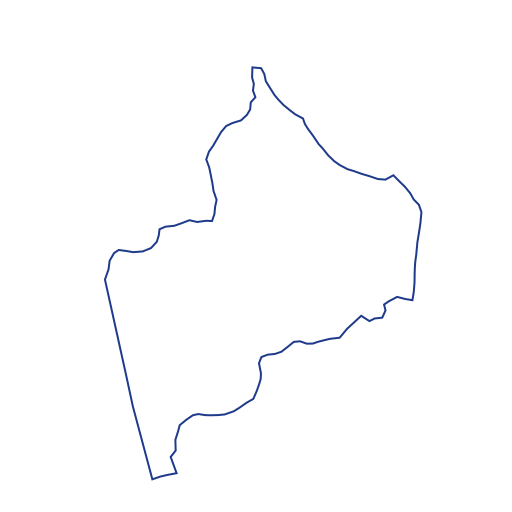 the district of Jijoca de Jericoacoara, Ceará, Brazil, rotated 71°
{"feature_id": "56859067B74295289149447", "entity_name": "Jijoca de Jericoacoara", "entity_type": "district", "adm_level": 2, "iso_a3": "BRA", "parent_name": "Brazil", "parent_adm1": "Ceará", "projection": "mercator", "projection_center": [-40.5, -2.875], "detail": "fine", "context": "isolated", "style": "outline", "palette": "blue", "viewbox_px": 512, "rotation_deg": 71, "n_neighbors": 0, "source": "geoboundaries", "source_scale": "gbopen_adm2", "svg_char_len": 1768}
<svg xmlns="http://www.w3.org/2000/svg" viewBox="0 0 512 512"><g transform="rotate(71 256 256)"><path d="M435.5,401.8L418.2,402.1L413.8,395.3L403.6,392.1L396.2,386.6L391.1,383.2L388.1,375.0L386.0,367.5L386.7,361.9L389.9,355.9L391.8,350.8L393.9,344.2L395.6,337.4L395.6,327.6L393.9,320.4L391.7,312.8L390.2,305.0L383.7,299.1L378.4,294.9L373.8,291.6L368.5,289.5L358.4,288.1L353.3,283.8L353.1,277.0L354.8,269.9L354.8,263.2L352.5,256.4L349.5,248.2L351.0,242.1L355.4,236.6L357.3,230.9L357.3,225.4L357.8,219.3L358.4,213.0L360.5,203.5L354.5,193.6L346.8,176.0L354.5,169.9L353.7,164.2L355.4,156.7L349.7,151.3L343.6,150.7L342.1,145.4L340.6,135.9L345.3,128.8L348.7,122.5L341.5,118.6L332.8,114.8L323.7,111.5L318.2,109.4L312.7,107.0L307.0,104.1L295.7,99.0L284.0,92.7L278.1,89.7L268.4,85.3L260.6,85.3L253.8,88.5L247.0,89.7L238.9,92.7L232.4,96.0L224.4,99.8L225.9,108.8L222.9,115.7L217.4,122.8L213.0,129.0L207.3,136.2L203.7,141.2L197.3,147.2L191.9,151.1L184.5,154.9L175.6,158.1L170.7,160.3L160.6,163.0L152.4,165.6L147.0,166.8L141.3,166.8L134.8,172.8L128.9,176.7L122.3,180.8L115.1,184.1L109.5,186.2L94.0,189.8L86.6,188.9L80.1,190.0L76.5,198.0L86.0,201.6L92.6,202.0L98.5,205.0L105.7,204.9L109.0,210.9L115.5,213.8L119.6,218.6L122.9,226.0L122.6,235.3L123.4,241.9L127.4,248.6L133.6,255.8L138.0,260.9L142.0,266.5L148.5,271.6L157.0,271.4L165.5,272.5L172.8,273.5L180.7,275.0L190.2,275.0L196.1,278.6L202.9,281.7L208.6,286.2L206.4,291.9L204.7,300.5L200.5,307.3L200.8,316.8L200.8,323.5L198.8,332.0L199.3,338.5L205.0,341.3L210.3,345.2L214.3,352.7L214.8,361.6L212.4,370.8L209.2,376.7L205.6,383.9L207.0,389.2L212.8,395.9L220.8,399.9L229.1,406.5L238.0,407.5L299.3,414.5L325.6,417.5L358.1,421.4L433.4,426.7L433.4,418.4L434.2,410.7L435.5,401.8Z" fill="none" stroke="#1e3a8a" stroke-width="2"/></g></svg>